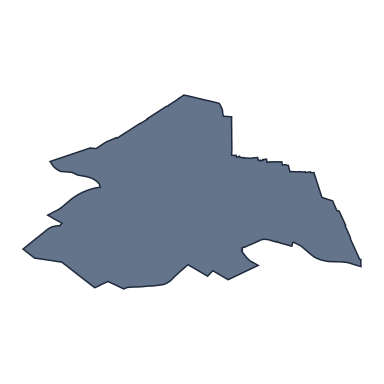 Gouda, Zuid-Holland, Netherlands
{"feature_id": "6326949B14111890142812", "entity_name": "Gouda", "entity_type": "district", "adm_level": 2, "iso_a3": "NLD", "parent_name": "Netherlands", "parent_adm1": "Zuid-Holland", "projection": "natural_earth1", "projection_center": [4.712, 52.018], "detail": "fine", "context": "isolated", "style": "filled", "palette": "slate", "viewbox_px": 384, "rotation_deg": 0, "n_neighbors": 0, "source": "geoboundaries", "source_scale": "gbopen_adm2", "svg_char_len": 5767}
<svg xmlns="http://www.w3.org/2000/svg" viewBox="0 0 384 384"><path d="M123.9,289.0L124.0,289.0L125.1,288.4L126.1,287.9L127.8,287.4L129.3,287.3L130.7,287.2L132.0,287.1L133.4,287.0L135.0,287.0L137.1,287.0L142.1,286.7L145.9,286.3L147.6,286.1L150.9,286.0L152.1,286.0L154.5,285.8L162.6,284.7L164.7,284.1L166.7,283.2L169.9,281.2L171.6,279.7L173.5,277.7L175.2,276.0L177.1,274.3L179.0,272.5L181.2,270.6L184.0,268.2L187.9,264.6L189.8,265.7L189.7,265.8L190.8,266.4L194.2,268.3L207.6,276.2L212.8,270.7L228.1,279.7L230.5,278.6L244.7,271.8L258.2,265.4L257.0,264.8L255.9,264.1L251.8,261.8L250.0,260.9L249.5,260.4L248.5,259.4L247.5,258.4L246.6,257.5L241.5,251.0L241.5,250.9L242.3,250.6L242.0,250.1L242.4,249.9L242.2,249.0L241.7,248.2L244.3,247.0L244.9,247.3L245.3,246.7L245.7,246.7L247.4,245.9L251.3,244.3L254.8,242.8L261.0,239.9L261.4,239.7L262.6,239.5L263.0,239.4L264.0,239.3L264.7,239.3L265.9,239.4L266.7,239.5L268.0,239.7L269.3,239.9L270.3,240.2L271.2,240.6L276.8,242.1L277.0,241.5L278.2,242.2L278.9,242.6L290.5,245.9L291.8,246.2L292.0,246.0L292.6,242.7L292.8,242.6L293.0,242.6L293.3,242.2L295.0,242.9L295.9,243.4L296.7,243.8L298.8,244.8L300.2,245.6L300.9,246.0L301.4,246.4L302.4,247.2L304.4,248.9L309.3,253.1L311.5,254.9L312.1,255.4L312.5,255.7L313.4,256.3L313.9,256.8L314.4,257.0L315.3,257.6L315.9,257.9L316.6,258.2L317.4,258.6L319.1,259.2L319.6,259.4L320.0,259.6L320.4,259.7L321.7,260.1L322.9,260.4L323.8,260.6L325.9,261.0L326.5,261.2L327.7,261.4L328.2,261.5L328.8,261.5L329.2,261.6L329.6,261.6L330.7,261.6L331.7,261.6L333.8,261.7L337.3,261.8L339.0,261.8L343.0,262.0L343.4,262.1L344.5,262.1L345.0,262.2L345.9,262.3L346.6,262.5L347.2,262.6L348.0,262.7L348.5,262.8L349.5,263.1L356.5,265.3L358.5,265.9L359.4,266.1L360.7,266.4L361.0,266.5L360.9,265.9L360.8,260.2L360.9,259.5L360.7,259.5L359.7,259.4L358.0,255.7L356.1,251.5L355.6,250.3L350.6,239.4L350.4,238.6L350.4,238.3L350.5,238.1L350.3,237.5L348.9,234.1L347.7,231.4L346.5,228.8L345.5,226.7L345.2,225.8L345.6,225.7L345.7,225.4L339.1,211.0L336.9,210.8L332.7,200.9L321.9,197.4L319.6,190.2L313.9,172.5L312.9,172.7L310.8,172.7L310.5,171.9L308.4,172.2L306.5,172.3L305.4,172.6L305.1,171.8L303.1,172.1L301.3,171.8L299.7,171.6L298.1,171.9L296.9,171.8L295.8,171.8L294.6,171.7L292.5,171.6L291.6,171.6L290.0,171.8L288.3,165.3L287.5,165.5L285.7,164.7L282.5,165.1L281.8,161.8L280.7,161.9L279.6,161.9L278.4,161.9L277.7,161.8L276.9,161.8L274.8,161.8L272.2,161.8L271.0,161.9L269.7,161.9L269.7,162.1L269.0,162.0L267.1,162.4L266.5,159.1L264.4,159.4L262.7,159.6L262.9,160.4L260.3,160.8L260.2,160.2L258.3,160.5L257.7,157.5L255.9,157.7L254.0,157.8L251.2,158.2L250.3,158.4L249.6,158.2L249.1,158.2L248.6,158.1L244.3,158.0L244.3,157.7L243.5,157.7L242.9,157.6L240.5,157.5L240.4,157.3L240.0,157.4L239.8,156.3L240.0,156.2L238.8,156.4L238.4,156.5L238.1,156.6L237.8,156.9L237.3,157.3L236.3,157.0L236.1,155.3L234.6,155.4L231.5,155.3L231.7,154.0L231.7,152.7L231.8,150.7L231.8,148.7L231.9,147.5L231.8,146.0L231.8,141.0L231.7,138.2L231.7,136.3L231.7,135.4L231.7,133.7L231.7,133.1L231.7,129.6L231.7,129.2L231.7,128.6L231.7,127.9L231.6,125.9L231.6,125.2L231.6,124.5L231.6,124.1L231.6,122.6L231.6,122.3L231.6,122.1L231.6,121.7L231.6,121.2L231.6,120.8L231.6,120.3L231.6,119.7L231.6,119.2L231.6,117.8L231.6,116.8L229.9,116.7L228.6,116.6L223.7,116.3L223.5,115.6L223.0,114.5L222.8,114.0L222.7,113.6L222.7,112.4L222.5,110.5L222.4,110.0L222.3,109.5L221.8,108.4L221.4,107.5L221.1,106.6L220.8,106.1L220.6,105.8L220.4,105.4L220.2,105.0L219.9,104.4L219.7,104.1L219.5,103.9L219.3,103.5L219.2,103.4L218.9,103.3L218.6,103.2L214.3,102.1L210.5,101.2L210.1,101.1L206.0,100.2L205.2,100.0L203.9,99.7L198.2,98.3L197.0,98.1L194.9,97.5L190.9,96.6L188.8,96.1L188.1,95.9L187.1,95.7L186.1,95.5L185.2,95.3L184.2,95.1L183.9,95.0L182.5,96.0L181.0,97.0L179.4,98.0L177.7,99.1L177.7,99.4L175.7,100.7L174.6,101.4L173.0,102.4L171.1,103.7L169.6,104.6L169.0,105.0L168.3,105.5L168.3,105.8L168.3,106.0L168.1,106.1L167.6,106.2L167.2,106.2L166.5,106.3L162.0,109.2L147.4,118.6L147.7,118.9L143.1,121.9L142.3,122.3L140.1,123.7L139.8,123.5L139.6,123.7L139.3,123.9L139.0,124.1L138.8,124.2L138.4,124.5L137.4,125.1L135.8,126.1L134.2,127.1L132.7,128.1L131.1,129.1L130.1,129.8L128.4,130.9L128.2,131.0L126.2,132.3L123.6,133.9L121.5,135.3L118.4,137.3L117.0,138.2L116.5,137.6L106.3,141.9L105.7,142.3L105.4,142.5L104.6,143.0L102.0,144.6L100.7,145.5L99.7,146.2L98.8,146.7L98.7,146.7L98.6,146.8L98.1,147.3L97.7,147.5L95.9,148.7L94.8,148.5L93.7,148.3L92.5,148.3L91.2,148.4L90.8,147.8L80.6,151.2L52.4,160.7L50.1,161.5L51.1,162.8L51.6,163.8L52.1,164.6L53.4,166.3L54.4,167.4L56.7,169.3L59.1,170.7L60.8,171.5L63.3,171.6L69.0,172.1L72.1,172.5L72.8,172.7L74.7,173.7L76.3,174.4L77.4,175.0L84.7,176.3L85.7,176.5L86.7,176.7L87.4,176.9L87.9,177.0L88.3,177.1L88.8,177.3L89.3,177.4L89.8,177.6L90.2,177.7L90.7,177.9L91.1,178.1L91.6,178.2L92.0,178.4L92.4,178.7L92.9,178.9L93.3,179.1L93.7,179.3L93.9,179.4L94.3,179.7L94.7,179.9L95.1,180.2L95.4,180.4L95.8,180.7L96.2,181.0L96.5,181.3L96.9,181.5L97.2,181.8L97.6,182.1L97.9,182.4L98.2,182.8L98.5,183.1L98.8,183.4L99.0,183.8L99.3,184.2L99.5,184.6L99.6,185.0L100.3,187.1L95.8,187.9L92.4,188.7L89.3,189.7L86.7,190.6L84.0,191.7L81.7,192.7L78.7,194.3L76.8,195.4L73.1,197.8L70.9,199.5L68.7,201.4L65.6,204.0L61.8,207.2L61.1,207.7L59.9,208.6L58.8,209.3L58.0,209.8L57.1,210.3L56.3,210.7L54.8,211.4L53.2,212.2L52.2,212.8L50.3,213.9L50.1,213.9L49.1,214.5L48.8,214.5L47.7,215.1L49.9,216.4L51.3,217.2L54.4,219.1L60.1,222.1L62.0,223.2L59.8,225.5L59.8,225.8L58.1,225.7L55.1,226.1L54.2,226.3L52.5,226.7L51.0,227.3L49.2,228.2L47.6,229.3L47.0,229.8L32.6,241.3L31.3,242.4L23.0,249.1L34.6,258.1L49.1,260.2L61.9,262.2L67.5,266.5L76.6,273.7L92.0,285.6L94.8,287.7L98.0,286.3L102.7,283.9L106.6,282.1L107.9,281.5L112.7,283.7L116.1,285.3L123.9,289.0Z" fill="#64748b" stroke="#1e293b" stroke-width="1.5"/></svg>